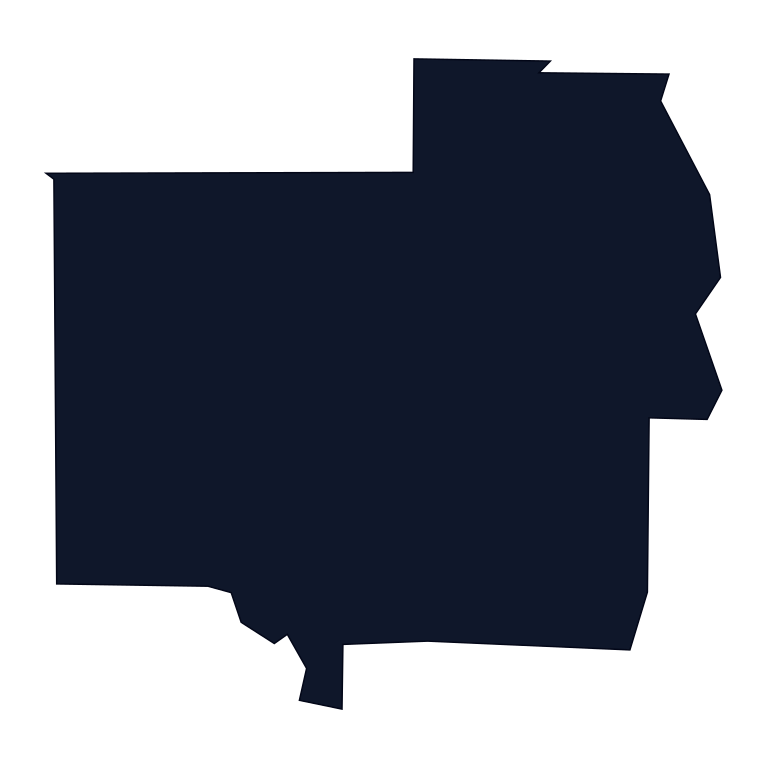 Turner, Georgia, United States of America
{"feature_id": "52423323B78124087935217", "entity_name": "Turner", "entity_type": "district", "adm_level": 2, "iso_a3": "USA", "parent_name": "United States of America", "parent_adm1": "Georgia", "projection": "albers", "projection_center": [-83.607, 31.711], "detail": "fine", "context": "isolated", "style": "filled", "palette": "ink", "viewbox_px": 768, "rotation_deg": 0, "n_neighbors": 0, "source": "geoboundaries", "source_scale": "gbopen_adm2", "svg_char_len": 460}
<svg xmlns="http://www.w3.org/2000/svg" viewBox="0 0 768 768"><path d="M46.1,173.3L53.9,179.2L56.7,583.9L207.8,586.2L231.2,592.6L241.2,622.3L274.3,643.5L287.3,634.3L306.6,668.4L299.4,700.3L342.0,709.1L342.9,644.4L427.7,641.1L629.9,649.9L647.4,592.1L649.1,417.8L707.1,419.4L721.9,390.2L695.4,313.9L720.5,277.4L709.6,194.6L660.6,101.0L669.0,74.1L538.9,72.8L550.3,61.1L414.0,58.9L413.2,172.4L46.1,173.3Z" fill="#0f172a" stroke="#020617" stroke-width="1.5"/></svg>